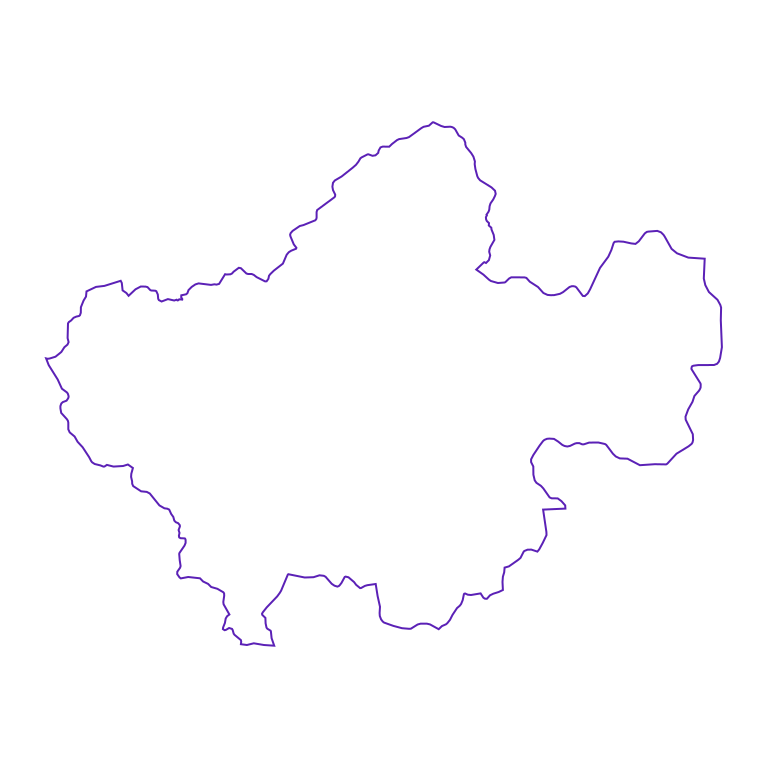 outline of Binh Lieu, Quảng Ninh, Vietnam
{"feature_id": "81297802B53696601888295", "entity_name": "Binh Lieu", "entity_type": "district", "adm_level": 2, "iso_a3": "VNM", "parent_name": "Vietnam", "parent_adm1": "Quảng Ninh", "projection": "robinson", "projection_center": [107.427, 21.551], "detail": "fine", "context": "isolated", "style": "outline", "palette": "violet", "viewbox_px": 768, "rotation_deg": 0, "n_neighbors": 0, "source": "geoboundaries", "source_scale": "gbopen_adm2", "svg_char_len": 6079}
<svg xmlns="http://www.w3.org/2000/svg" viewBox="0 0 768 768"><path d="M704.7,258.7L688.3,257.6L677.0,253.3L671.6,248.9L664.7,236.6L663.5,234.8L661.0,232.3L657.3,230.9L648.3,231.6L646.8,231.9L644.8,233.4L638.8,241.3L635.5,243.9L631.2,243.4L623.4,241.7L618.3,241.4L614.6,241.8L613.6,243.1L611.4,249.9L608.3,256.7L600.0,267.9L590.1,289.3L587.8,293.4L584.8,296.1L582.8,295.9L576.4,287.4L575.3,286.6L573.5,286.2L571.8,286.2L569.5,287.0L563.1,292.1L560.0,293.8L554.2,295.1L550.8,295.2L547.5,294.9L543.4,293.0L538.0,287.0L529.8,281.7L526.4,277.9L524.5,277.4L511.3,277.3L509.1,278.5L505.3,282.2L504.4,282.5L497.9,283.0L490.9,281.0L489.0,279.7L483.4,274.6L476.3,269.6L483.8,262.4L484.4,262.2L486.0,263.0L488.9,260.1L490.2,255.4L489.2,251.8L489.5,249.4L490.4,246.9L494.4,239.9L493.7,234.9L491.5,229.5L491.3,227.7L488.8,225.5L489.0,223.1L486.8,221.0L486.1,219.4L485.9,217.2L486.9,215.3L486.5,214.7L488.6,211.6L489.3,209.5L489.6,206.2L490.5,203.4L493.2,199.5L494.9,196.1L495.7,193.9L495.0,190.7L491.5,187.4L480.1,180.3L478.1,177.9L477.3,176.2L475.4,169.0L474.7,164.2L474.9,161.4L473.4,156.6L471.2,153.1L466.1,146.9L465.3,144.4L465.3,142.7L463.9,139.2L462.2,137.7L458.7,135.5L455.2,129.3L453.6,127.8L451.8,127.0L450.2,126.7L444.6,127.0L441.2,126.0L433.5,122.3L432.7,122.3L428.9,125.7L423.6,126.8L421.5,128.0L409.0,137.1L406.5,138.0L399.1,139.1L397.0,140.1L392.0,144.0L389.2,146.7L382.7,146.6L380.5,147.4L378.7,150.5L378.2,152.9L375.5,155.3L372.5,155.8L368.4,154.3L367.5,154.4L361.6,157.4L360.4,158.3L358.4,161.7L356.0,164.8L352.7,167.7L341.6,176.5L334.8,180.5L333.0,182.8L332.4,186.7L333.0,190.1L335.2,194.6L335.1,196.2L334.5,197.2L317.2,210.0L316.6,212.0L316.6,217.7L316.3,219.0L315.3,220.3L303.4,225.1L299.8,226.0L292.6,230.9L290.6,233.2L290.1,234.8L290.5,236.5L293.8,244.4L296.4,247.8L296.1,248.7L291.2,250.7L288.8,252.2L286.7,254.7L282.9,263.6L273.9,270.6L270.2,274.2L269.0,275.8L268.4,278.8L266.6,281.3L265.1,281.4L256.6,277.1L253.8,274.9L251.7,274.0L248.1,274.0L246.4,273.5L240.9,268.2L238.8,267.8L233.6,271.7L232.0,273.5L230.4,274.3L226.4,274.5L225.1,274.2L219.1,283.9L216.5,284.6L214.4,284.3L211.0,284.9L198.6,283.4L195.4,284.4L191.7,286.9L188.5,290.1L187.4,293.2L186.1,294.3L181.3,295.3L181.2,297.3L182.3,299.1L182.2,299.6L179.2,299.3L178.4,300.2L177.4,300.4L176.7,299.7L174.2,300.5L167.9,299.1L161.6,301.5L158.9,300.1L158.2,298.8L157.8,294.5L156.3,291.2L155.2,290.7L151.3,290.5L150.3,290.1L147.5,287.1L145.5,286.6L140.8,286.5L135.5,289.3L128.6,295.8L126.4,293.0L122.6,290.4L121.8,283.0L120.7,280.8L104.4,285.9L96.0,286.9L86.5,291.4L86.0,296.6L83.6,300.5L80.9,307.2L80.8,312.8L79.9,315.3L79.0,316.0L76.3,316.6L73.6,317.8L71.1,320.5L68.8,322.1L68.0,323.4L67.6,338.1L68.6,342.1L67.5,344.6L64.4,347.2L61.3,352.0L55.5,356.7L49.7,358.5L47.7,358.8L46.1,358.4L48.7,365.1L57.7,379.5L61.9,388.7L66.9,392.4L67.8,393.6L68.5,395.8L68.6,396.9L68.1,398.4L66.5,400.7L62.8,402.1L61.3,403.5L60.4,406.1L60.4,408.3L61.2,412.9L66.9,419.2L67.9,420.8L68.3,422.6L68.3,429.3L69.7,432.4L74.6,436.5L77.6,441.8L82.6,447.2L89.1,457.1L91.2,461.1L92.1,462.3L94.7,464.0L100.4,465.4L103.4,466.6L104.5,466.5L106.9,464.9L113.2,466.5L114.7,466.5L123.1,466.0L127.9,464.5L132.9,468.0L131.3,473.8L131.1,476.9L132.1,481.3L132.2,483.8L133.2,486.1L141.1,491.3L146.8,491.9L149.8,493.5L159.4,505.4L164.4,508.3L167.3,508.7L169.2,509.6L171.2,514.0L173.3,516.9L174.3,520.6L175.8,522.2L178.2,523.2L179.8,525.2L179.9,526.5L178.6,530.0L179.5,532.9L178.9,535.8L179.2,537.4L180.5,538.2L184.8,538.4L185.2,538.8L185.6,539.9L185.6,542.9L184.5,545.6L179.5,552.9L179.2,553.9L179.7,560.1L180.6,566.0L180.1,567.7L177.3,571.7L177.2,574.1L179.5,577.4L180.8,578.4L188.2,577.0L200.0,578.3L203.1,581.5L208.1,583.9L211.2,587.0L217.4,588.8L223.4,592.3L224.1,593.4L224.2,595.7L223.3,602.0L223.6,604.3L229.4,614.5L227.1,616.2L225.7,618.5L224.9,623.0L223.1,627.5L222.9,629.1L224.6,630.2L225.9,629.9L229.1,628.0L232.0,628.9L232.7,630.1L233.7,633.7L234.6,634.9L240.9,640.1L241.2,641.6L240.9,644.2L246.9,645.0L253.8,643.3L263.9,645.0L274.2,645.7L271.6,638.2L270.9,631.5L270.6,630.7L267.3,628.7L266.5,627.6L265.6,623.3L265.4,617.9L262.3,614.9L262.0,613.8L262.8,612.3L266.7,607.4L277.2,596.4L279.7,593.0L281.1,590.7L287.8,574.7L288.3,574.2L304.7,577.5L313.5,577.2L319.5,575.3L323.8,575.8L325.6,576.8L331.7,583.8L334.5,585.7L337.4,586.6L338.9,586.0L339.8,585.1L341.5,582.9L344.7,577.0L345.6,576.6L348.5,577.3L354.1,582.1L356.1,584.8L360.1,588.1L361.1,588.0L364.9,585.9L367.3,585.2L375.7,584.0L377.6,596.0L380.0,606.8L379.6,613.0L379.8,616.0L381.1,619.4L382.8,621.6L384.1,622.6L393.4,625.9L402.0,628.2L409.1,628.8L410.9,628.7L417.6,624.5L420.5,623.7L427.0,623.7L430.0,624.4L438.7,629.2L441.9,626.1L446.0,624.3L447.3,623.2L450.0,619.8L452.5,614.9L457.0,608.1L459.8,605.7L461.1,604.0L462.7,600.1L463.9,594.2L464.3,593.7L465.1,593.5L467.8,594.7L471.0,595.0L480.6,593.4L483.3,597.6L484.7,598.6L486.2,598.8L487.0,598.7L490.0,595.3L493.3,593.7L498.7,592.0L502.9,590.0L502.5,581.9L502.9,576.7L504.2,572.3L504.6,567.6L508.9,566.4L518.4,559.7L520.5,557.9L523.6,551.8L524.3,551.0L527.5,549.7L531.3,549.6L537.4,551.6L539.2,549.4L542.8,542.8L546.5,535.1L546.4,532.0L543.1,509.6L565.4,508.6L565.2,505.4L561.4,501.1L557.7,498.4L551.6,498.3L549.6,497.4L543.3,488.4L541.0,485.9L536.4,482.8L534.7,480.3L533.4,474.7L533.3,466.5L531.1,462.1L531.1,459.3L533.4,454.9L539.6,445.6L543.0,441.1L544.4,439.9L547.0,438.8L549.3,438.6L554.0,438.9L558.2,441.6L562.3,444.9L564.6,446.0L567.3,446.5L570.1,445.9L574.8,443.6L576.8,443.1L579.3,443.1L582.1,444.3L583.9,444.3L589.1,442.6L598.3,442.5L604.9,444.0L606.2,444.8L612.9,453.7L615.8,456.5L619.8,458.4L627.5,458.7L639.9,465.2L654.8,464.2L666.1,464.4L667.3,463.7L676.5,453.7L688.6,446.3L691.6,443.9L692.5,442.5L693.1,440.0L692.8,434.2L685.7,419.7L685.5,416.7L688.2,409.4L692.5,401.8L694.4,396.0L699.1,390.6L700.1,388.8L700.6,387.5L700.7,384.6L700.5,383.5L691.8,369.6L691.4,368.9L691.7,367.0L692.2,366.2L693.5,365.7L697.9,365.1L714.0,365.0L717.1,363.8L718.9,361.6L720.1,358.0L721.9,347.2L720.8,320.3L721.1,307.6L720.3,304.9L717.5,299.8L708.9,292.0L705.3,285.1L703.8,278.5L704.7,258.7Z" fill="none" stroke="#5b21b6" stroke-width="2"/></svg>